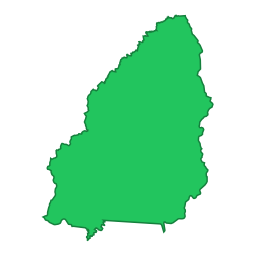 Tsangano, Tete, Mozambique
{"feature_id": "85939544B8789366603018", "entity_name": "Tsangano", "entity_type": "district", "adm_level": 2, "iso_a3": "MOZ", "parent_name": "Mozambique", "parent_adm1": "Tete", "projection": "albers", "projection_center": [34.263, -15.088], "detail": "fine", "context": "isolated", "style": "filled", "palette": "green", "viewbox_px": 256, "rotation_deg": 0, "n_neighbors": 0, "source": "geoboundaries", "source_scale": "gbopen_adm2", "svg_char_len": 5736}
<svg xmlns="http://www.w3.org/2000/svg" viewBox="0 0 256 256"><path d="M62.0,143.5L61.4,144.3L60.6,146.4L60.7,148.6L59.7,149.2L58.7,149.4L58.2,150.3L56.8,149.9L56.1,150.7L56.3,152.1L56.2,153.0L56.8,155.5L56.7,156.9L55.3,157.9L53.9,158.2L52.4,159.1L51.7,159.1L50.7,158.4L50.6,160.5L49.9,162.4L49.8,165.4L48.8,166.2L47.8,166.5L47.3,167.7L47.3,168.5L47.6,169.2L49.1,169.5L51.1,170.6L51.1,171.9L51.4,173.2L51.7,173.4L51.9,174.6L53.8,176.3L54.0,177.8L53.2,180.1L53.7,181.9L54.7,183.2L56.2,183.8L56.7,185.7L56.5,187.1L55.4,188.8L55.0,191.9L55.5,194.1L55.3,195.5L52.4,199.7L52.1,200.0L51.0,200.3L50.3,202.8L49.7,203.3L49.5,204.4L49.6,205.5L48.7,207.7L47.6,212.3L47.6,214.0L47.4,215.0L46.6,215.8L45.4,215.9L43.1,217.0L44.1,217.6L45.5,220.0L47.9,220.7L49.5,222.4L54.2,224.6L55.2,224.6L58.2,224.1L60.1,223.3L60.8,222.2L61.1,221.0L62.0,219.8L63.4,219.0L64.3,219.0L65.3,219.4L65.9,220.1L68.5,224.2L71.2,224.6L71.5,224.9L72.0,226.4L73.7,226.3L85.5,227.8L86.9,229.3L87.9,229.3L88.7,230.3L88.5,231.0L87.7,230.9L88.7,232.3L88.7,233.1L87.6,233.3L87.9,235.7L86.7,236.7L86.6,237.1L86.8,237.7L87.6,238.2L87.7,238.5L87.5,239.2L87.6,239.9L87.0,240.6L88.0,240.0L89.0,238.7L90.1,238.1L89.9,236.1L90.6,235.8L91.4,236.4L92.2,236.2L92.3,235.5L92.9,235.0L93.7,235.0L94.0,234.8L93.8,233.7L94.0,232.6L94.8,232.6L95.5,232.1L96.0,232.3L96.2,232.1L96.5,231.5L96.4,230.6L94.5,229.5L95.6,228.2L96.3,228.0L96.6,228.3L97.5,228.5L98.4,229.7L101.0,230.5L102.0,229.9L102.7,228.5L101.7,227.2L101.1,227.0L101.0,226.7L101.5,225.9L101.6,224.8L102.4,224.7L104.3,225.4L104.5,225.3L104.4,224.8L103.9,224.6L103.1,222.3L103.4,221.9L104.8,221.9L104.9,221.4L103.6,220.3L160.4,223.9L161.0,224.3L161.8,225.3L163.8,232.0L164.6,231.1L164.9,230.2L163.8,223.3L164.1,222.1L165.1,222.0L166.3,223.0L171.1,223.5L173.1,222.7L178.2,218.9L178.8,218.7L182.0,218.8L183.5,218.5L184.5,217.8L185.1,216.3L184.6,213.2L185.3,211.7L185.3,211.0L185.2,209.8L184.5,208.8L184.3,207.9L184.9,206.1L185.5,202.4L185.8,201.8L188.6,199.6L188.9,199.0L189.2,197.2L190.0,195.9L190.6,195.7L191.6,195.9L193.4,198.2L193.8,198.4L194.8,198.3L195.9,197.6L197.0,195.5L200.3,194.0L200.6,193.0L199.8,190.7L199.8,189.9L200.2,189.2L204.9,185.0L206.5,182.8L207.1,181.4L207.1,176.8L206.5,176.6L206.2,174.1L206.3,173.1L207.8,170.8L207.8,169.8L206.3,168.4L205.7,167.1L204.4,165.7L204.1,164.8L204.5,162.8L202.1,162.0L200.9,159.6L200.9,158.5L202.0,157.3L202.0,156.1L202.5,155.0L202.7,154.0L202.3,153.3L201.6,152.7L200.9,151.7L200.7,149.9L201.8,148.8L201.2,148.2L200.4,146.1L200.0,143.4L198.5,140.8L198.4,140.0L198.6,137.2L199.0,136.3L201.4,135.4L202.5,134.3L202.5,132.8L203.7,129.7L203.2,128.3L202.7,127.9L201.5,127.4L200.8,127.8L199.8,127.6L199.3,126.9L199.1,126.1L199.5,124.9L199.8,122.0L201.7,119.4L203.0,118.3L204.4,116.7L206.2,116.3L207.8,114.9L207.9,113.8L207.5,113.1L207.7,111.8L208.3,110.3L209.2,109.0L210.3,108.0L211.9,107.2L212.9,104.4L212.5,103.4L210.1,101.3L210.1,100.7L210.7,99.4L210.9,97.7L209.6,97.5L206.3,96.0L206.2,93.8L205.6,92.9L204.6,92.2L203.8,85.8L202.4,83.1L200.6,78.1L200.3,77.5L198.9,76.3L197.3,75.4L198.1,71.7L200.5,69.0L200.3,59.8L199.3,54.7L200.3,53.1L201.1,52.8L202.3,51.9L202.4,50.7L200.1,45.4L199.2,44.1L197.6,42.7L197.5,41.7L198.1,41.0L197.8,40.3L194.1,35.6L192.3,34.1L191.3,30.3L191.6,29.2L191.5,28.5L190.3,27.2L189.8,26.2L189.1,24.0L187.6,22.7L187.4,21.8L187.7,20.2L186.5,18.8L185.2,16.3L185.2,15.7L179.5,16.1L178.1,15.8L177.0,16.3L176.1,15.4L175.8,15.8L175.3,15.7L175.1,16.2L174.7,16.3L174.5,17.1L174.1,17.4L174.0,17.9L172.8,18.7L172.0,18.4L171.7,17.9L171.3,18.1L170.8,17.7L170.2,17.9L169.4,17.7L168.2,16.7L168.0,17.1L167.4,17.3L167.7,18.2L166.9,18.4L166.7,19.0L165.8,19.1L165.7,19.8L165.1,20.5L164.1,21.1L163.2,21.3L163.0,21.7L162.2,22.2L161.4,21.9L160.9,22.1L160.6,22.5L160.0,22.4L159.5,22.9L158.5,22.5L158.0,22.7L157.7,23.1L157.0,23.0L156.7,23.1L156.6,24.5L157.0,25.2L156.3,26.7L156.5,27.6L156.3,29.3L156.0,29.6L156.6,30.4L156.1,30.3L154.7,30.9L154.3,30.8L153.6,31.5L152.7,31.5L152.1,31.3L152.1,31.8L151.7,32.0L151.0,32.0L150.7,31.6L150.1,32.2L149.7,31.5L149.1,31.9L147.8,31.9L147.3,32.3L146.4,31.8L146.1,31.9L145.8,32.8L146.6,33.9L147.1,34.0L147.1,34.8L148.0,36.0L147.7,36.1L147.4,35.8L146.0,36.2L145.2,35.6L144.2,36.2L143.2,36.1L143.5,38.2L144.0,39.9L142.9,40.5L142.7,42.4L142.1,42.5L139.5,41.6L139.0,41.7L139.3,42.2L139.1,43.5L139.8,44.1L138.8,45.1L138.2,44.9L137.7,45.2L138.5,46.6L137.8,48.1L137.4,50.8L137.2,50.9L136.6,50.2L136.0,50.1L135.3,51.2L133.7,52.4L133.2,52.1L132.7,52.2L132.2,53.4L131.0,53.3L130.9,53.5L131.5,55.3L131.1,55.9L128.6,55.5L127.6,54.5L127.0,54.5L126.7,54.9L127.2,56.3L126.8,57.7L126.1,57.8L124.3,57.2L123.9,57.3L123.7,57.9L122.2,58.0L121.7,59.2L120.9,59.6L120.5,60.6L120.7,61.6L120.1,61.9L119.8,63.2L120.0,64.7L118.9,65.1L119.0,65.9L118.1,68.3L117.6,68.7L115.8,68.8L115.3,69.0L115.3,70.2L115.7,71.2L115.7,71.8L115.0,71.5L114.2,71.7L113.8,71.3L112.9,71.4L112.2,70.6L111.1,71.2L110.5,71.9L109.8,72.1L109.5,73.1L107.9,75.9L108.1,76.7L107.3,77.2L107.4,77.8L107.1,78.1L106.2,78.7L105.8,79.4L105.6,80.8L104.8,81.4L104.7,81.7L105.0,82.3L104.8,83.1L104.4,83.3L104.3,82.9L101.8,81.8L97.6,85.8L97.6,86.1L98.4,87.3L98.5,88.0L98.3,88.4L97.9,88.7L97.4,90.0L96.1,90.8L95.1,90.1L93.8,90.0L93.2,89.3L91.0,91.5L90.8,93.0L90.2,94.0L89.5,94.8L88.7,95.2L87.9,96.7L87.7,97.9L87.3,98.6L88.2,101.2L87.9,104.1L87.1,105.6L88.3,107.8L88.1,109.2L88.7,110.5L87.1,112.1L84.4,113.4L85.3,115.0L86.3,116.1L85.7,118.6L84.5,121.7L84.5,122.2L85.7,124.8L85.6,125.7L86.3,126.9L86.4,128.8L86.9,129.7L87.8,130.0L87.7,130.9L86.6,131.4L84.9,130.8L83.3,131.3L81.9,132.5L81.8,133.8L81.5,134.0L78.8,133.8L78.2,134.8L75.6,135.4L74.4,135.3L71.3,136.9L71.3,139.2L70.5,140.2L69.9,141.9L70.5,143.9L69.3,145.5L68.5,145.6L66.4,144.4L64.2,144.3L62.9,143.6L62.0,143.5Z" fill="#22c55e" stroke="#15803d" stroke-width="1.5"/></svg>